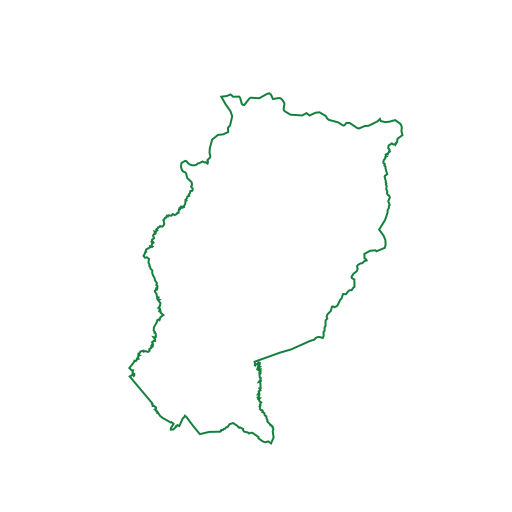 Pa Phayom, Phatthalung, Thailand (orthographic projection), rotated 125°
{"feature_id": "78962969B75084248147684", "entity_name": "Pa Phayom", "entity_type": "district", "adm_level": 2, "iso_a3": "THA", "parent_name": "Thailand", "parent_adm1": "Phatthalung", "projection": "orthographic", "projection_center": [99.888, 7.825], "detail": "fine", "context": "isolated", "style": "outline", "palette": "green", "viewbox_px": 512, "rotation_deg": 125, "n_neighbors": 0, "source": "geoboundaries", "source_scale": "gbopen_adm2", "svg_char_len": 6113}
<svg xmlns="http://www.w3.org/2000/svg" viewBox="0 0 512 512"><g transform="rotate(125 256 256)"><path d="M72.9,205.4L70.4,208.4L66.9,210.4L65.4,212.3L64.9,214.0L64.9,220.0L69.6,223.9L72.3,227.1L73.9,231.2L72.7,233.1L76.0,233.7L83.8,237.9L85.0,238.7L87.1,241.4L92.6,244.9L93.1,246.6L93.3,255.6L95.1,258.3L98.2,258.5L99.1,259.3L99.5,265.7L102.7,274.3L102.6,276.2L101.3,279.3L101.9,286.4L104.4,289.4L110.2,292.7L110.0,296.6L114.4,298.8L120.5,308.9L120.9,315.4L120.6,316.8L119.7,317.7L115.2,319.9L114.0,321.4L112.9,324.4L112.8,326.6L113.5,327.9L117.7,332.2L115.3,336.1L115.1,338.4L116.8,339.9L124.9,343.8L129.4,351.2L131.0,351.8L139.1,352.2L139.7,353.7L139.4,355.1L135.6,359.6L135.1,361.2L138.6,366.0L138.3,369.5L141.9,371.9L145.4,375.8L149.2,367.8L152.1,359.9L155.1,355.7L164.0,352.1L167.1,352.5L170.4,349.9L175.2,352.7L178.6,356.6L185.8,358.7L194.3,355.6L198.2,353.2L200.3,350.8L201.5,350.1L205.4,350.8L206.5,349.2L208.1,348.7L208.1,351.2L209.0,352.0L209.2,354.0L212.7,355.8L213.5,356.8L215.2,357.1L216.8,358.2L218.4,360.5L219.1,363.5L218.3,367.5L218.7,368.6L222.6,370.4L226.0,368.6L228.2,365.8L228.6,363.8L228.1,362.3L228.3,360.9L231.5,357.1L232.5,351.1L234.3,349.2L236.5,348.9L237.2,346.4L238.6,345.7L239.3,345.7L240.5,347.0L242.5,346.1L244.1,346.4L245.0,345.2L246.5,346.3L248.9,345.6L250.5,346.0L251.0,345.6L250.8,344.9L251.9,345.1L253.8,343.9L256.5,343.6L257.2,343.0L258.5,343.9L257.7,344.3L258.6,345.9L259.7,345.7L260.7,346.1L260.9,345.1L261.4,345.0L262.4,345.7L265.0,344.2L265.8,345.2L267.1,345.0L269.2,346.2L269.3,348.2L271.6,348.5L272.7,350.8L274.3,350.8L274.5,351.3L273.7,351.7L274.1,352.2L276.4,351.7L277.1,352.5L279.1,352.1L279.6,352.5L282.4,349.5L284.5,349.3L285.8,349.7L286.5,351.7L287.4,351.5L288.8,352.6L289.4,352.3L291.5,353.0L292.0,352.6L291.8,351.7L293.7,352.1L294.1,351.8L294.3,353.1L295.7,351.3L296.7,352.1L298.4,352.0L299.9,349.7L302.3,350.5L303.5,349.7L304.2,349.8L304.5,349.3L303.5,348.4L303.7,347.7L305.8,348.0L307.7,347.5L307.6,346.1L308.3,346.4L308.8,348.2L309.4,347.6L313.6,349.7L314.8,349.4L315.5,348.4L316.7,349.0L317.6,348.5L320.4,348.2L321.1,346.0L319.7,344.7L319.8,341.9L323.0,340.4L324.1,338.4L325.4,337.6L325.3,336.9L326.8,335.3L327.4,332.6L329.4,331.3L331.0,329.2L332.2,326.5L333.8,324.9L335.1,321.6L337.0,320.9L337.0,319.7L339.1,318.2L340.1,318.0L339.9,319.1L341.5,318.6L342.4,318.9L343.2,318.3L344.1,315.9L346.4,313.4L345.9,312.2L347.5,312.3L347.2,310.1L348.3,310.8L349.5,307.2L352.2,306.0L354.4,306.2L354.2,305.5L354.8,304.4L356.8,303.6L356.8,303.2L355.3,303.3L357.1,301.4L357.5,298.0L360.9,299.2L363.9,298.3L363.9,299.4L365.3,300.1L366.6,299.3L373.0,298.7L375.7,297.1L376.4,295.1L377.1,295.1L377.2,293.5L379.8,291.6L380.8,292.2L381.3,293.4L382.2,290.9L383.5,289.9L384.1,291.1L386.2,291.7L386.6,290.5L388.8,290.3L388.2,289.2L389.7,288.7L391.0,289.7L391.6,289.1L393.6,290.0L394.7,288.8L396.5,289.4L397.3,292.0L398.8,293.2L398.1,293.9L400.6,295.9L402.7,295.6L403.3,296.3L404.4,295.8L404.2,294.4L405.2,295.0L406.0,294.9L407.7,293.3L408.4,294.7L409.1,294.1L411.0,294.2L411.4,295.5L413.2,295.1L420.4,295.5L421.0,292.3L420.2,291.2L422.6,290.1L422.4,288.0L423.5,287.3L424.4,287.3L424.0,288.9L427.1,290.4L436.2,256.4L436.8,256.4L437.0,255.5L438.2,254.6L437.3,253.6L437.4,251.1L438.4,250.4L439.7,250.8L439.7,249.0L440.4,248.5L440.0,247.7L440.3,246.9L441.2,246.7L440.8,245.7L442.0,242.9L442.2,239.7L441.3,230.4L440.5,229.9L440.8,227.2L445.9,227.0L447.1,226.2L445.5,224.2L442.9,223.7L441.6,224.0L441.3,223.3L439.6,223.4L439.3,221.3L431.2,222.8L429.0,222.4L427.6,222.6L427.8,220.5L431.4,209.7L434.1,199.8L426.9,193.4L420.4,184.5L419.5,184.2L419.0,184.7L418.5,184.6L417.5,183.3L416.4,183.3L415.4,182.4L413.5,182.1L412.0,181.1L409.0,181.2L406.0,179.0L405.8,173.9L406.4,171.9L406.3,171.1L405.6,170.9L405.1,167.4L406.0,166.8L406.7,165.1L405.2,161.4L405.5,160.0L403.8,158.9L402.9,157.5L402.9,150.0L404.0,149.4L404.0,144.2L403.4,141.7L400.8,139.6L400.9,136.2L394.5,137.5L390.0,141.8L388.1,142.3L387.0,143.4L387.1,144.1L386.2,144.5L385.9,146.8L386.4,147.1L385.7,148.3L385.1,151.8L384.1,152.2L382.6,154.7L381.4,155.6L381.5,157.4L379.9,159.2L380.2,161.3L379.4,161.2L378.7,162.2L379.5,163.7L379.1,164.9L378.1,165.5L377.3,166.8L376.1,166.5L375.7,167.4L374.5,167.4L373.8,168.2L373.0,167.9L372.8,170.2L372.1,170.7L372.0,171.9L370.6,171.4L371.3,172.7L371.0,173.4L369.8,172.6L369.3,173.5L367.8,173.5L367.0,174.3L368.0,175.1L365.8,175.3L365.3,176.2L363.4,175.3L362.5,177.3L361.6,176.4L357.2,179.9L357.2,180.7L357.8,181.4L355.8,181.4L355.8,180.6L355.4,180.4L354.3,181.8L353.3,182.0L353.1,183.4L350.7,185.5L349.7,184.9L348.5,185.7L349.4,185.8L349.5,186.4L347.1,187.1L347.9,187.4L348.2,189.9L347.7,190.1L346.4,188.5L345.9,188.7L346.2,190.0L344.5,189.4L345.2,191.0L344.3,191.2L343.9,190.5L343.0,191.5L342.5,190.9L341.3,191.7L341.8,192.9L343.6,192.9L345.1,194.0L346.1,193.8L346.1,194.4L345.4,194.5L343.4,196.5L321.1,180.7L312.6,173.8L294.9,163.2L291.1,160.3L289.2,160.1L287.3,159.2L285.9,157.5L284.9,154.3L282.7,154.7L279.6,157.1L277.7,157.0L275.5,158.7L273.2,159.1L268.8,162.1L266.4,161.7L265.1,163.4L262.6,164.0L258.2,163.2L253.8,164.7L253.1,163.9L253.0,162.4L251.1,161.2L249.5,160.9L243.3,161.9L241.9,161.5L237.3,162.9L235.7,160.4L231.8,160.2L230.2,159.5L229.2,158.1L225.8,158.1L224.8,157.6L218.8,162.0L219.1,164.8L218.3,165.8L214.6,166.0L210.8,164.8L208.3,165.3L206.4,167.4L205.2,167.4L202.3,166.3L200.9,164.8L198.2,164.4L196.2,162.8L195.7,163.4L195.6,165.8L192.1,168.4L186.2,165.5L182.8,161.3L183.0,160.0L175.5,155.2L172.4,156.3L168.8,159.1L166.3,162.9L163.7,170.3L152.6,170.9L145.2,173.0L143.1,174.4L140.1,174.8L139.1,175.8L137.6,175.7L135.2,179.1L131.2,179.9L130.1,182.1L130.4,183.1L129.4,184.8L128.1,185.2L126.2,187.9L123.8,189.0L123.1,190.5L122.0,190.6L121.5,191.9L120.7,192.1L117.2,196.2L116.3,196.4L113.8,195.4L109.6,200.5L108.6,201.0L108.3,202.7L106.7,203.2L106.8,204.8L105.8,205.7L104.2,206.3L102.0,206.2L100.7,206.9L99.5,206.2L99.5,207.0L98.7,207.9L97.6,207.5L97.1,206.4L96.4,206.9L93.8,206.3L93.8,207.1L92.3,207.4L91.9,209.5L89.5,210.7L85.8,209.3L86.0,207.6L84.9,206.5L85.1,205.6L83.2,205.7L83.0,206.2L81.7,205.8L78.9,207.3L72.9,205.4Z" fill="none" stroke="#15803d" stroke-width="2"/></g></svg>